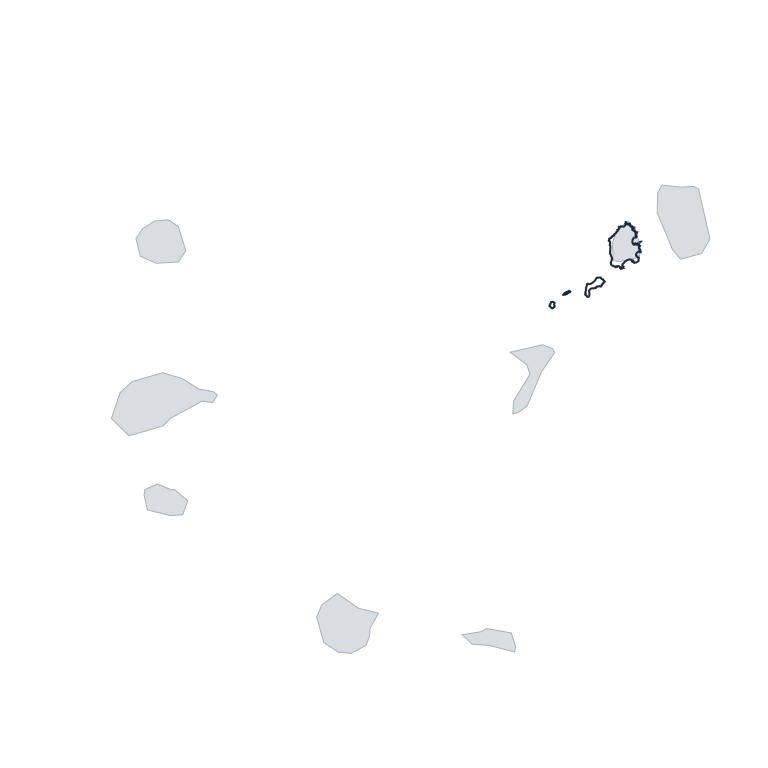 Nossa Senhora Da Luz, São Vicente, Cabo Verde (highlighted), rotated 105°
{"feature_id": "66160863B58817505266013", "entity_name": "Nossa Senhora Da Luz", "entity_type": "district", "adm_level": 2, "iso_a3": "CPV", "parent_name": "Cabo Verde", "parent_adm1": "São Vicente", "projection": "robinson", "projection_center": [-24.915, 16.763], "detail": "fine", "context": "in_parent", "style": "outline", "palette": "slate", "viewbox_px": 768, "rotation_deg": 105, "n_neighbors": 0, "source": "geoboundaries", "source_scale": "gbopen_adm2", "svg_char_len": 7019}
<svg xmlns="http://www.w3.org/2000/svg" viewBox="0 0 768 768"><g transform="rotate(105 384 384)"><path d="M500.1,617.0L487.8,638.4L460.7,636.7L446.8,627.8L430.5,600.9L431.0,580.0L436.7,562.0L435.7,546.3L437.9,542.1L446.3,544.8L447.7,555.4L472.3,581.3L481.5,586.3L500.1,617.0ZM148.0,164.4L128.2,169.2L119.8,166.9L117.1,148.4L113.1,136.1L114.0,130.7L159.5,106.8L175.5,110.8L186.7,129.8L179.1,140.4L148.0,164.4ZM606.8,330.0L623.8,334.3L630.2,332.7L641.1,333.7L652.7,345.9L654.9,358.9L649.2,375.3L626.8,388.6L613.8,387.1L598.4,374.9L607.2,350.7L606.8,330.0ZM323.7,652.4L307.8,661.2L296.7,657.4L286.2,648.2L281.1,634.9L285.2,623.4L306.6,609.9L319.4,614.3L326.3,635.3L323.7,652.4ZM368.3,240.1L376.7,246.9L379.5,251.9L367.0,254.4L336.7,245.5L328.6,250.9L320.6,270.3L305.1,241.0L306.2,230.3L309.5,227.2L331.0,234.9L368.3,240.1ZM553.5,586.9L547.9,587.7L539.3,577.2L541.2,562.7L540.2,558.8L547.7,543.3L562.5,544.6L566.3,556.2L567.0,579.9L553.5,586.9ZM205.6,194.4L188.8,200.0L178.5,199.3L163.6,191.1L168.3,182.1L184.4,172.2L195.5,170.1L204.6,187.8L205.6,194.4ZM612.5,231.5L606.0,243.5L598.0,225.9L593.7,221.8L591.5,196.6L603.3,189.1L609.0,188.4L609.3,214.5L612.5,231.5Z" fill="#d9dde1" stroke="#a8b0b8" stroke-width="1"/><path d="M201.2,171.6L200.8,171.3L199.8,170.3L199.0,170.0L198.7,170.0L197.9,170.4L196.4,170.3L196.2,170.6L196.5,170.9L196.3,170.8L196.2,171.0L196.4,171.0L196.2,171.5L195.8,171.9L195.5,171.9L195.1,172.2L195.1,172.6L195.5,172.9L195.4,173.2L194.2,173.9L193.2,174.1L192.3,173.8L190.4,172.8L190.3,172.0L190.1,171.9L189.8,172.1L189.6,172.0L189.5,171.6L189.6,171.4L189.9,171.2L190.3,170.7L190.5,170.3L190.3,170.1L189.6,170.5L189.3,171.0L189.1,171.1L189.1,170.9L188.8,170.8L188.5,171.1L187.9,171.3L187.2,172.9L186.7,173.1L185.9,173.0L185.7,173.1L185.4,172.9L185.2,173.0L184.9,172.7L184.5,172.6L184.6,173.2L184.4,174.0L184.1,174.1L182.8,173.8L182.8,174.2L183.2,174.8L182.8,175.2L183.2,175.3L183.3,175.2L183.5,175.3L184.0,175.8L184.1,176.3L184.0,177.1L183.6,177.3L183.0,177.2L182.4,178.1L182.8,177.6L183.0,177.6L182.9,178.0L183.1,177.6L183.6,177.6L183.6,178.1L183.9,178.1L183.9,178.4L184.1,178.0L184.5,177.9L184.7,178.3L184.6,178.9L184.4,179.3L184.3,179.2L184.1,179.2L184.4,179.3L184.0,179.8L183.7,179.8L183.9,179.9L183.8,180.1L183.4,180.3L183.2,180.6L182.1,181.0L180.2,181.2L178.4,180.7L177.9,180.0L177.7,180.1L177.5,179.7L177.6,179.4L177.5,179.0L177.3,178.5L176.9,178.3L176.6,178.4L176.5,178.6L176.3,178.5L176.3,178.4L176.1,178.4L175.9,178.2L175.5,178.8L175.1,179.0L175.1,179.5L174.9,179.5L174.5,179.4L174.4,179.2L173.9,178.9L173.6,178.9L173.9,179.5L173.7,179.9L173.5,180.0L172.8,179.8L171.9,179.1L171.9,179.3L172.2,179.8L172.1,180.0L172.4,180.4L172.2,180.8L171.8,180.5L171.6,180.6L171.3,181.5L170.9,181.7L170.9,182.0L171.3,182.6L171.2,183.2L170.8,183.6L170.1,183.8L169.9,184.1L169.3,183.7L169.1,183.3L168.8,183.8L169.2,184.1L168.9,184.1L168.8,184.5L168.6,184.3L168.3,184.4L168.1,184.1L168.1,184.3L167.7,185.0L168.2,185.4L168.2,185.8L167.9,186.0L167.9,186.4L167.6,186.3L167.3,186.5L167.0,187.5L166.2,187.6L165.4,188.0L165.5,188.5L165.8,188.7L165.9,189.1L166.4,189.1L166.8,189.3L166.8,189.5L166.7,189.9L166.2,190.1L166.2,190.4L165.9,191.2L165.2,191.9L165.1,192.5L165.7,192.4L165.9,192.2L166.2,192.2L166.7,191.9L167.2,191.9L167.2,192.0L167.6,191.8L169.0,192.4L169.7,192.8L170.1,193.4L170.3,196.0L171.1,196.4L171.4,196.8L171.5,197.2L171.7,197.3L171.6,197.5L171.8,197.5L171.9,197.8L172.2,197.7L172.9,197.2L173.4,197.2L174.3,197.6L174.6,198.3L174.8,198.1L175.1,198.0L175.3,198.1L175.6,197.9L177.0,198.9L177.8,198.8L178.1,199.0L178.5,199.3L179.5,200.3L179.8,200.3L180.2,200.1L180.7,200.2L181.1,200.8L181.6,200.8L181.7,201.3L182.3,202.0L182.7,202.1L183.0,201.9L183.7,202.6L183.9,202.4L184.3,202.7L184.4,203.1L184.9,203.2L185.3,204.1L185.7,204.1L186.5,203.8L187.1,204.0L187.6,203.9L187.8,203.6L187.7,202.9L187.8,202.7L188.9,202.1L190.1,201.9L190.6,202.0L191.0,201.8L191.4,201.9L191.6,201.4L192.0,201.2L193.9,200.5L194.6,200.5L194.9,200.3L196.0,200.1L196.7,200.0L197.1,200.1L197.5,199.8L198.2,199.6L198.4,199.7L198.6,199.5L199.2,199.2L199.7,199.4L199.9,198.9L200.2,198.6L201.2,198.1L202.9,196.6L203.5,196.3L204.0,196.3L204.3,196.0L204.6,196.0L205.3,196.3L206.0,196.1L206.9,196.1L207.7,196.3L207.9,196.5L208.3,196.4L208.4,196.2L208.8,195.8L209.6,195.7L210.3,195.2L210.5,194.6L210.5,194.0L210.6,193.4L210.8,193.2L210.8,192.4L210.7,192.4L210.9,191.6L210.8,191.2L211.0,191.0L211.0,190.5L211.2,190.4L211.0,190.1L210.3,190.0L210.1,189.6L209.8,189.4L209.8,188.9L210.1,188.7L209.6,188.3L209.4,187.3L209.7,186.6L210.2,186.3L210.3,185.9L211.0,185.9L211.0,185.4L211.3,185.1L211.1,185.0L211.2,184.8L211.1,184.5L210.9,184.5L211.0,184.2L210.9,184.3L210.8,184.0L210.6,184.0L210.5,183.8L210.4,183.9L210.2,183.5L210.0,183.8L209.9,183.5L209.5,183.6L209.5,183.4L209.3,183.7L209.0,183.6L208.9,183.8L208.8,183.7L208.8,183.8L208.8,183.7L208.5,183.7L207.8,184.5L207.3,184.6L206.2,184.3L205.4,183.8L205.1,183.8L203.4,182.9L202.0,181.6L201.6,181.1L201.1,180.6L200.2,179.3L200.0,178.7L200.1,178.2L200.0,177.6L200.5,176.5L201.0,176.4L200.7,176.0L200.3,175.9L200.1,175.5L200.2,175.2L200.7,174.9L201.0,175.1L201.0,175.3L201.3,175.3L201.4,175.5L201.6,175.4L201.4,175.0L201.5,174.4L201.9,174.3L202.0,174.7L202.1,174.3L202.2,173.4L201.5,172.6L201.2,171.6ZM228.1,197.2L227.9,197.2L227.7,197.9L227.2,198.4L227.2,198.8L226.4,199.4L226.5,199.5L226.4,199.8L226.3,200.6L225.7,201.6L225.7,201.9L225.1,202.3L225.3,203.4L225.8,204.2L226.1,205.8L226.4,206.1L226.9,206.2L227.1,206.4L228.1,206.5L229.9,207.2L231.6,208.3L233.1,209.6L234.1,210.8L234.4,211.5L234.6,212.8L234.4,213.1L234.5,213.5L234.8,213.7L235.0,213.5L235.7,213.5L238.4,213.7L238.7,213.8L239.9,213.6L241.3,213.0L241.6,213.2L242.7,213.2L243.3,213.4L244.5,212.5L245.1,212.9L245.5,212.9L245.6,212.7L245.7,212.2L246.0,211.9L246.1,211.4L246.9,210.8L247.0,210.4L246.9,209.9L247.1,209.6L246.9,209.2L246.5,209.0L246.5,208.8L244.8,208.6L244.2,208.9L242.9,209.1L241.3,210.1L239.1,209.4L238.4,208.9L237.5,207.4L237.5,206.4L237.1,205.9L237.0,205.5L236.9,205.1L236.5,204.8L236.5,204.3L236.3,204.1L235.6,204.2L235.3,203.8L235.2,203.9L234.6,203.5L234.4,202.4L234.2,202.1L234.0,201.5L233.7,201.3L233.7,200.5L233.9,200.2L233.7,199.8L232.6,199.6L232.6,199.4L232.4,199.4L232.2,199.2L232.0,199.3L231.7,199.0L231.0,199.0L230.8,198.7L230.3,198.6L230.1,198.2L229.9,198.2L229.7,198.0L229.3,198.1L228.1,197.2ZM265.3,239.2L264.3,239.4L264.2,239.7L263.7,240.0L262.7,240.4L262.3,240.2L261.7,240.2L261.4,240.3L261.3,240.9L260.8,241.7L261.0,242.3L261.4,242.9L261.7,243.9L262.1,243.8L262.3,244.0L263.7,243.9L264.1,244.3L264.7,244.4L265.1,244.3L265.8,244.4L266.0,243.5L266.9,242.8L266.8,242.4L267.0,242.0L267.1,241.7L267.4,241.2L267.2,240.5L266.9,240.2L266.1,240.1L265.3,239.2ZM246.9,228.0L246.5,227.9L246.0,229.1L247.5,230.8L247.8,231.5L248.5,232.0L248.9,232.7L249.5,233.2L249.9,233.3L250.1,233.1L251.1,233.6L251.1,233.9L251.5,234.1L251.6,233.9L250.5,231.6L250.3,231.5L249.8,230.5L249.4,230.4L248.6,229.7L246.9,228.0ZM180.3,173.2L180.3,172.8L180.1,172.7L180.2,173.1L180.3,173.2Z" fill="none" stroke="#1e293b" stroke-width="2"/></g></svg>